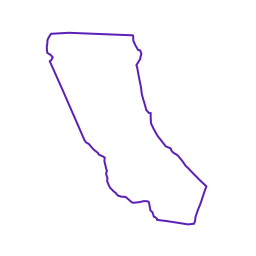 Santiago Nundiche, Oaxaca, Mexico, rotated 82°
{"feature_id": "50627088B34131206486621", "entity_name": "Santiago Nundiche", "entity_type": "district", "adm_level": 2, "iso_a3": "MEX", "parent_name": "Mexico", "parent_adm1": "Oaxaca", "projection": "robinson", "projection_center": [-97.69, 17.338], "detail": "fine", "context": "isolated", "style": "outline", "palette": "violet", "viewbox_px": 256, "rotation_deg": 82, "n_neighbors": 0, "source": "geoboundaries", "source_scale": "gbopen_adm2", "svg_char_len": 1623}
<svg xmlns="http://www.w3.org/2000/svg" viewBox="0 0 256 256"><g transform="rotate(82 128 128)"><path d="M196.7,58.5L189.8,64.0L178.8,72.2L176.0,74.1L173.6,76.1L167.9,79.0L162.0,82.6L158.7,86.6L156.5,88.1L154.1,88.6L151.4,93.2L139.8,99.9L132.5,102.7L128.7,103.9L127.3,104.4L125.8,104.5L119.9,104.0L118.1,103.7L116.4,103.5L115.9,105.3L112.9,107.3L109.4,107.8L106.3,108.2L101.3,109.0L96.8,109.6L88.9,109.5L82.8,109.9L74.9,110.3L69.2,110.5L66.9,110.9L61.2,106.2L59.9,106.0L57.0,104.6L56.3,104.5L55.6,104.5L52.9,105.2L52.5,106.0L52.2,107.0L51.7,107.4L50.8,107.7L49.9,108.0L48.4,108.7L46.7,109.3L42.7,110.5L41.7,110.6L39.0,110.2L38.0,110.1L36.9,110.3L25.5,173.2L24.0,191.1L25.0,192.0L27.5,194.1L30.0,195.6L32.9,196.1L36.2,197.1L39.1,197.4L42.3,197.5L44.9,194.4L47.5,192.7L49.0,193.8L50.0,194.4L51.0,196.2L81.9,187.3L134.3,172.7L136.6,171.4L137.1,170.7L138.3,169.1L144.2,165.3L148.6,161.2L149.7,160.9L150.9,159.8L151.8,158.0L154.0,155.2L157.7,156.0L159.1,155.9L159.9,155.8L162.5,155.5L165.2,155.3L166.0,155.2L167.4,154.8L169.9,156.0L171.2,156.0L174.9,155.3L175.9,155.7L177.9,156.0L182.1,155.0L184.6,154.1L187.0,152.3L188.2,151.5L190.7,149.1L191.9,148.6L193.9,146.9L194.2,145.8L195.0,144.5L195.7,141.0L196.0,139.9L202.4,134.3L202.8,132.7L203.0,127.1L202.6,122.4L203.3,118.8L204.5,117.6L212.6,117.3L214.6,115.7L217.0,115.1L219.4,114.8L220.0,113.6L222.0,111.9L223.0,112.0L223.5,110.1L224.3,107.4L225.6,102.5L226.8,98.5L227.0,97.8L231.8,82.0L232.0,76.1L229.7,74.6L225.1,73.4L224.4,73.0L221.3,71.4L218.7,70.1L216.5,68.8L214.0,67.3L211.5,66.0L206.6,63.6L199.8,60.2L196.7,58.5Z" fill="none" stroke="#5b21b6" stroke-width="2"/></g></svg>